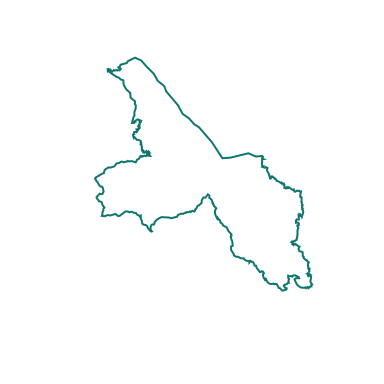 the district of Amansie South, Ashanti, Ghana, rotated 321°
{"feature_id": "2480657B37143689168174", "entity_name": "Amansie South", "entity_type": "district", "adm_level": 2, "iso_a3": "GHA", "parent_name": "Ghana", "parent_adm1": "Ashanti", "projection": "natural_earth1", "projection_center": [-2.012, 6.309], "detail": "fine", "context": "isolated", "style": "outline", "palette": "teal", "viewbox_px": 384, "rotation_deg": 321, "n_neighbors": 0, "source": "geoboundaries", "source_scale": "gbopen_adm2", "svg_char_len": 6115}
<svg xmlns="http://www.w3.org/2000/svg" viewBox="0 0 384 384"><g transform="rotate(321 192 192)"><path d="M106.9,153.8L108.6,155.7L112.1,157.0L113.7,158.8L118.7,160.9L119.4,164.1L120.8,165.0L128.2,165.3L129.8,166.7L130.5,168.4L131.5,168.5L133.0,169.7L133.6,171.4L135.2,173.0L135.0,174.8L136.1,177.1L136.0,178.3L137.2,178.2L135.4,180.6L134.7,183.2L133.4,185.2L133.8,186.9L135.4,188.8L135.7,190.3L135.1,191.9L135.0,195.9L135.5,197.2L136.1,197.4L136.2,195.0L138.2,192.8L140.0,192.1L140.9,192.3L141.6,193.2L142.5,193.2L144.0,191.9L146.8,191.4L150.0,191.7L152.6,192.4L158.3,197.6L159.3,199.3L164.8,201.8L166.6,201.0L169.8,202.0L171.6,203.5L172.5,203.5L174.2,204.3L174.8,204.0L176.4,205.4L178.2,205.8L178.4,206.8L180.4,206.8L181.4,208.6L181.9,208.7L183.6,207.5L184.7,207.7L187.6,206.3L189.1,206.8L192.6,206.5L194.4,204.6L197.3,203.4L198.9,204.8L202.9,203.8L203.2,205.7L201.8,207.5L202.4,210.3L201.6,212.6L201.0,213.3L201.4,213.9L200.6,214.9L200.8,215.9L200.2,217.0L200.7,218.9L200.5,220.1L199.8,220.0L197.2,221.7L196.8,222.8L196.3,223.1L195.3,226.4L195.9,227.5L195.7,228.6L194.8,228.5L194.9,229.8L195.9,230.8L195.7,232.2L194.9,233.5L195.5,235.9L195.1,237.9L196.8,241.4L195.7,245.4L196.0,248.9L195.5,249.7L195.8,250.0L195.3,250.8L194.5,250.8L193.6,251.6L192.1,255.9L189.8,259.4L188.1,258.9L185.9,261.6L185.3,266.9L184.7,267.7L185.5,270.1L187.2,271.5L188.0,274.0L190.5,276.2L190.2,277.2L190.6,278.8L192.0,281.0L193.0,281.6L192.1,283.0L194.3,282.5L194.5,283.9L195.2,284.5L195.2,286.6L194.3,288.6L195.4,289.7L194.5,291.6L194.4,297.0L195.2,297.5L196.3,297.4L197.1,298.8L196.7,300.5L195.4,300.5L194.0,302.8L193.3,306.6L193.9,306.8L194.2,305.7L194.7,305.7L193.9,309.9L194.8,312.5L196.9,314.3L197.7,314.4L197.9,315.4L198.9,315.8L199.9,317.1L199.1,321.3L199.8,322.1L200.1,325.5L203.3,327.1L204.5,327.0L205.0,326.4L204.1,325.2L204.3,322.6L205.2,322.3L207.9,323.3L209.3,322.8L210.0,323.5L211.5,321.4L212.6,320.9L212.7,319.2L214.1,317.6L214.9,319.0L216.2,319.7L216.7,320.9L217.9,320.5L219.5,321.4L221.4,325.2L221.0,326.4L218.7,324.5L217.0,324.3L216.5,324.7L215.4,329.5L215.7,332.6L216.5,334.7L218.9,337.1L220.1,337.4L220.1,338.6L222.1,338.6L222.0,339.4L222.5,339.1L222.9,340.1L224.8,339.9L225.4,340.5L226.0,339.5L227.1,339.6L227.5,336.2L230.6,333.5L232.0,331.4L231.6,329.7L230.6,331.0L229.7,331.0L229.4,330.0L230.1,329.2L230.0,328.1L231.5,328.9L231.8,327.9L233.6,327.4L233.9,326.3L234.9,325.7L234.1,325.2L234.3,324.4L235.0,324.3L235.3,322.9L236.8,320.8L238.5,320.2L238.0,317.6L238.3,316.9L237.7,316.6L237.2,313.4L238.0,312.8L237.8,311.4L239.9,308.8L240.0,308.0L238.2,305.5L238.8,303.4L241.2,302.1L240.4,301.1L240.2,299.1L239.5,298.1L239.7,297.4L238.8,296.9L237.4,297.2L237.2,295.7L238.1,295.6L238.4,294.7L237.7,293.5L238.5,293.3L239.9,294.6L240.8,294.3L241.2,294.8L243.3,295.0L243.9,294.1L244.7,294.0L245.2,293.0L246.5,292.4L247.0,291.4L247.6,291.1L249.7,288.3L252.3,286.6L252.2,285.1L252.9,284.2L254.2,284.9L255.3,283.7L255.0,282.2L253.5,281.4L254.8,279.6L256.1,279.2L257.7,280.6L259.5,278.2L260.2,278.4L260.3,277.1L261.3,277.6L261.6,276.8L262.0,277.4L261.5,278.6L262.1,279.1L261.7,280.5L265.9,277.6L266.8,275.8L266.7,274.8L267.7,274.4L267.5,273.5L269.0,272.4L268.9,271.7L269.9,271.5L270.2,269.7L270.9,269.2L270.9,268.5L273.7,265.3L273.1,264.4L273.6,264.1L273.6,263.0L277.1,260.1L276.1,259.4L276.0,258.3L275.1,258.0L274.4,257.0L272.3,256.7L271.9,256.0L272.8,254.1L271.4,253.6L270.5,250.0L269.7,249.7L270.0,249.0L269.7,248.7L269.2,249.4L268.5,249.1L268.5,248.0L267.2,248.3L267.0,247.3L266.4,246.9L267.6,245.8L267.6,245.2L268.3,244.5L267.8,244.0L268.6,243.3L267.4,242.4L267.7,241.9L267.1,241.6L267.3,240.8L266.5,240.5L266.3,239.0L264.7,236.4L265.2,235.6L265.1,234.1L264.5,233.7L264.9,233.0L264.1,230.2L263.6,230.2L263.9,231.3L263.1,230.8L261.3,231.0L261.1,230.6L262.5,228.4L262.2,227.9L263.0,226.9L263.8,222.3L265.8,220.9L265.1,219.2L264.0,219.2L262.4,216.7L263.6,216.7L263.1,216.1L264.0,213.9L265.0,213.4L266.6,211.1L267.3,210.8L268.1,211.3L267.5,210.2L268.1,209.5L269.2,209.5L269.2,208.1L264.0,204.7L260.2,197.4L243.5,189.5L236.9,184.9L238.8,165.7L238.2,146.1L236.4,140.9L236.0,132.8L233.9,125.6L235.7,115.5L235.3,97.4L237.1,92.1L235.3,84.1L236.7,76.0L235.7,66.7L235.3,57.9L232.3,51.8L224.6,50.0L222.4,50.7L216.5,48.1L214.7,49.1L213.3,48.7L213.0,49.2L214.3,51.1L213.9,51.7L212.1,51.8L210.9,50.5L210.5,50.6L209.8,49.5L208.4,49.1L207.9,48.0L205.6,48.3L205.2,46.1L205.7,45.6L204.8,44.7L204.7,43.9L203.7,43.5L203.6,44.3L202.8,44.7L202.4,45.4L203.7,46.0L203.5,46.7L204.1,49.6L206.0,55.4L207.1,57.1L207.4,59.7L208.8,61.6L208.8,62.2L206.5,65.5L205.7,69.1L205.6,71.2L206.3,76.3L203.6,80.0L204.8,85.7L203.9,87.0L203.0,87.5L202.8,89.4L200.6,91.8L197.3,93.8L195.5,96.3L193.4,97.1L188.8,100.6L190.6,101.8L191.0,101.2L192.1,101.8L192.3,101.0L195.4,101.3L196.3,103.0L196.0,103.5L196.7,103.5L197.1,104.5L196.0,104.5L196.1,105.4L194.3,105.6L194.1,106.4L192.2,107.9L191.8,107.4L192.4,106.6L191.5,106.9L191.4,108.1L192.0,108.9L191.6,109.3L190.5,109.6L188.5,108.5L188.6,110.0L187.4,109.9L187.1,110.6L186.5,110.6L186.0,109.7L184.8,109.0L184.1,109.4L183.5,110.7L182.4,110.3L181.6,111.0L180.8,113.4L181.8,113.2L182.0,116.7L183.6,118.2L184.2,120.3L183.1,121.4L183.4,122.1L182.1,122.6L182.4,123.9L181.7,124.3L181.3,125.8L180.0,126.9L180.1,128.1L179.6,128.3L180.2,129.1L179.2,129.4L179.5,130.2L179.0,130.6L179.8,131.6L181.5,131.5L181.5,132.3L182.4,131.9L182.6,133.0L183.8,133.0L183.9,134.1L182.1,134.7L182.1,135.9L182.7,135.9L182.0,136.6L182.1,137.5L181.3,136.8L181.0,135.1L180.8,135.4L180.3,134.8L179.9,135.4L178.8,135.2L177.8,133.7L176.7,133.6L176.0,132.6L175.1,132.9L174.6,131.7L171.6,132.8L169.6,132.3L166.9,133.5L164.9,130.4L161.7,128.0L161.6,127.4L160.6,127.3L157.6,125.9L156.3,123.9L153.3,123.5L151.4,122.3L147.8,123.2L144.0,121.7L142.8,120.4L139.2,119.9L137.7,120.1L135.3,121.9L133.8,121.2L125.9,120.1L124.9,120.9L125.2,121.7L124.6,123.1L124.8,125.1L124.2,127.6L124.3,130.2L125.5,131.2L125.3,132.6L123.6,136.0L121.3,137.1L120.1,136.6L119.2,135.2L114.6,135.9L114.0,137.1L114.2,138.8L113.8,140.4L115.4,142.9L114.2,146.1L114.2,148.8L112.5,149.4L111.4,150.6L110.0,151.1L107.9,153.4L106.9,153.8Z" fill="none" stroke="#0f766e" stroke-width="2"/></g></svg>